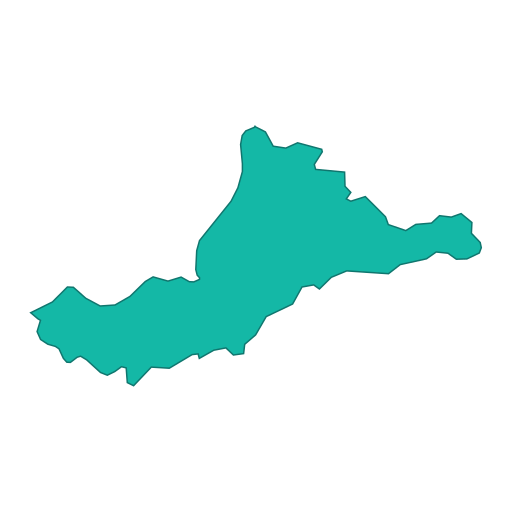 an SVG outline of Strabane
{"feature_id": "GBR-2135", "entity_name": "Strabane", "entity_type": "District", "adm_level": 1, "iso_a3": "GBR", "parent_name": "United Kingdom", "parent_adm1": "", "projection": "orthographic", "projection_center": [-7.446, 54.773], "detail": "fine", "context": "isolated", "style": "filled", "palette": "teal", "viewbox_px": 512, "rotation_deg": 0, "n_neighbors": 0, "source": "natural_earth", "source_scale": "10m", "svg_char_len": 1350}
<svg xmlns="http://www.w3.org/2000/svg" viewBox="0 0 512 512"><path d="M193.8,281.9L199.5,279.4L199.6,277.8L197.2,275.2L195.8,269.6L196.7,250.7L199.5,240.6L231.1,201.2L237.9,187.8L242.4,171.6L242.4,163.7L240.6,144.5L242.2,135.5L245.8,130.9L254.4,127.3L255.0,126.3L255.4,126.8L265.4,131.9L273.2,146.2L285.8,148.1L297.6,142.8L321.7,149.3L322.3,151.8L314.3,164.4L315.6,169.4L344.6,172.1L345.0,186.3L350.8,192.4L346.3,198.9L350.8,201.2L365.3,196.6L385.5,216.8L388.3,224.6L405.8,230.6L415.8,224.4L431.5,223.1L439.5,215.7L451.3,217.1L461.1,213.6L471.9,222.5L471.4,233.3L480.2,242.5L481.3,247.7L479.3,253.0L466.9,258.9L456.3,259.2L447.9,253.2L436.2,252.0L426.5,258.8L400.2,264.6L388.5,273.7L346.7,270.9L331.3,277.3L319.4,289.0L313.7,284.9L302.0,287.0L292.6,304.0L266.2,316.6L255.6,334.9L244.7,344.3L243.6,353.6L233.4,355.0L225.9,347.9L213.8,350.2L199.3,358.4L198.1,353.9L192.1,354.6L169.3,368.2L151.3,367.1L133.6,385.7L127.3,382.6L126.2,367.9L121.5,366.7L114.7,371.6L107.3,375.2L100.5,372.5L86.6,359.8L80.6,356.2L77.2,357.2L70.4,362.4L66.8,362.2L63.4,358.4L59.0,348.8L55.4,346.4L47.8,344.2L40.6,339.5L37.1,331.6L40.5,320.3L37.9,318.8L30.7,312.7L52.4,302.0L67.4,287.0L73.4,287.3L85.8,298.3L100.2,306.0L115.0,305.0L130.0,296.4L145.3,281.5L153.1,276.9L168.0,281.1L181.1,277.1L189.3,281.7L193.8,281.9Z" fill="#14b8a6" stroke="#0f766e" stroke-width="1.5"/></svg>